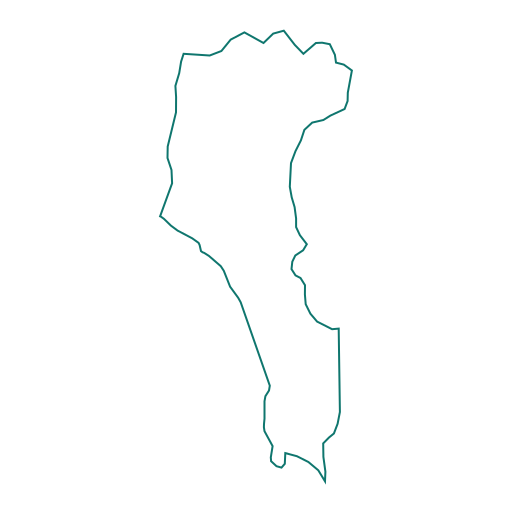 map outline of Pingtung (Natural Earth projection)
{"feature_id": "TWN-1158", "entity_name": "Pingtung", "entity_type": "County", "adm_level": 1, "iso_a3": "TWN", "parent_name": "Taiwan", "parent_adm1": "", "projection": "natural_earth1", "projection_center": [120.7, 22.396], "detail": "fine", "context": "isolated", "style": "outline", "palette": "teal", "viewbox_px": 512, "rotation_deg": 0, "n_neighbors": 0, "source": "natural_earth", "source_scale": "10m", "svg_char_len": 1305}
<svg xmlns="http://www.w3.org/2000/svg" viewBox="0 0 512 512"><path d="M338.7,328.6L339.9,412.0L337.6,423.8L333.9,433.5L329.0,437.5L323.2,443.4L323.4,456.9L325.4,471.7L325.0,481.3L318.3,470.3L308.4,462.0L296.9,456.2L285.3,453.1L284.8,463.8L281.5,467.6L276.5,466.2L271.1,461.2L270.8,457.4L272.6,446.1L264.5,431.2L263.9,427.2L264.0,424.0L264.5,418.7L264.5,401.3L265.4,396.2L269.0,390.5L269.8,385.7L240.7,302.3L238.2,297.8L230.1,286.7L223.8,270.8L220.8,266.2L208.9,255.9L204.2,252.9L202.6,252.3L201.0,251.1L199.6,245.0L198.6,242.9L192.2,238.3L177.6,230.6L170.9,225.6L163.9,218.8L160.7,216.5L160.1,216.3L172.1,183.3L171.5,170.0L167.5,158.0L167.7,146.5L176.0,112.4L176.1,97.1L175.4,85.9L179.2,73.2L181.1,61.6L183.6,53.8L209.7,55.5L221.4,51.0L230.7,39.6L244.4,32.4L263.5,43.0L273.2,33.6L283.8,30.7L294.8,44.9L303.4,53.8L315.9,43.0L322.1,42.7L329.8,44.2L334.9,54.8L336.0,62.6L343.8,64.6L351.9,70.5L347.8,92.7L347.6,101.0L344.6,109.0L330.4,115.6L323.4,120.0L312.2,122.6L304.4,129.8L300.9,140.4L295.5,151.1L291.0,163.1L289.8,186.8L291.7,197.3L294.6,207.1L296.1,218.5L296.1,227.1L299.9,235.2L306.8,244.2L303.1,250.3L295.3,255.5L292.3,261.7L291.5,269.1L295.5,275.4L300.5,278.0L305.0,285.2L304.9,294.4L305.7,304.2L310.4,313.7L317.1,321.6L332.1,329.2L338.7,328.6Z" fill="none" stroke="#0f766e" stroke-width="2"/></svg>